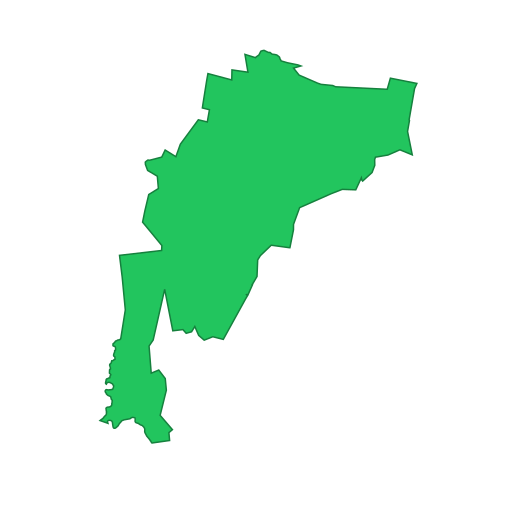 Bacadéhuachi, Sonora, Mexico (Robinson projection), rotated 11°
{"feature_id": "50627088B33028528139861", "entity_name": "Bacadéhuachi", "entity_type": "district", "adm_level": 2, "iso_a3": "MEX", "parent_name": "Mexico", "parent_adm1": "Sonora", "projection": "robinson", "projection_center": [-109.205, 29.784], "detail": "fine", "context": "isolated", "style": "filled", "palette": "green", "viewbox_px": 512, "rotation_deg": 11, "n_neighbors": 0, "source": "geoboundaries", "source_scale": "gbopen_adm2", "svg_char_len": 5781}
<svg xmlns="http://www.w3.org/2000/svg" viewBox="0 0 512 512"><g transform="rotate(11 256 256)"><path d="M138.3,232.8L138.2,244.4L155.7,258.8L161.6,263.7L162.3,268.6L121.9,281.4L128.6,302.0L136.8,329.8L138.0,333.9L139.0,362.9L138.8,363.0L138.8,363.4L138.6,363.8L138.4,364.0L138.1,364.2L137.6,364.4L136.8,364.7L136.4,364.8L136.1,365.1L135.6,365.5L135.4,365.8L134.5,366.2L134.3,366.4L134.2,366.6L134.1,366.8L133.9,367.5L133.6,367.9L133.2,368.5L132.8,369.1L132.5,369.3L132.4,369.6L132.5,370.2L132.7,371.1L132.7,371.3L132.8,371.4L133.2,371.5L133.6,371.6L133.8,371.7L134.0,371.7L134.5,371.7L134.8,371.7L134.9,371.8L135.1,372.0L135.3,372.4L135.7,373.1L135.8,373.6L135.9,374.3L136.0,374.6L136.0,374.9L136.0,375.1L135.7,375.4L135.6,375.6L135.4,375.8L135.3,376.1L135.5,376.9L135.5,377.4L135.4,377.9L135.2,378.5L135.2,378.8L135.1,379.9L135.1,380.5L135.3,381.1L135.5,381.4L136.0,381.6L136.6,381.9L136.7,382.0L136.8,382.1L136.8,382.3L137.1,383.5L137.2,383.8L137.4,384.1L137.3,384.3L137.0,384.6L136.5,384.8L136.1,385.3L135.8,385.7L135.4,386.0L135.1,386.2L134.9,386.3L134.5,386.4L134.4,386.4L134.4,386.5L134.3,387.0L134.3,388.0L134.3,388.3L133.9,389.3L133.5,389.8L133.3,389.9L133.2,390.0L133.1,390.3L133.1,390.5L133.2,390.9L133.2,391.1L133.2,391.3L133.5,391.7L133.6,392.0L134.2,393.1L134.3,393.3L134.4,393.7L134.4,393.9L134.6,394.2L134.7,394.5L134.7,394.8L134.4,395.0L134.0,395.5L134.0,396.0L134.1,396.3L134.1,396.6L134.2,396.9L134.2,397.3L134.3,397.9L134.4,398.3L134.4,398.8L134.7,399.2L134.9,399.3L135.0,399.3L135.3,399.4L135.4,399.5L135.5,399.6L135.8,399.9L136.1,400.1L136.2,400.3L136.0,400.6L135.8,401.3L135.7,401.5L135.6,401.8L135.7,402.2L135.7,402.7L135.8,403.2L135.8,403.3L135.7,403.4L135.7,403.5L135.3,403.7L135.1,403.7L134.8,403.9L134.4,404.0L134.1,404.4L133.8,404.7L132.9,405.1L132.7,405.4L132.5,405.9L132.5,406.2L132.5,406.7L132.6,406.8L132.7,407.0L132.7,407.3L132.5,407.9L132.5,408.3L132.5,409.1L132.6,409.4L132.6,409.6L132.7,409.8L133.3,410.3L133.6,410.4L133.7,409.9L133.8,409.3L133.9,409.1L134.2,408.8L134.3,408.7L135.1,408.2L135.5,408.1L136.2,408.1L136.4,408.1L137.1,408.0L137.3,408.0L137.8,408.4L138.0,408.5L138.6,408.7L139.0,408.7L139.4,408.8L139.8,409.2L140.2,409.8L140.7,410.3L141.0,410.5L141.1,411.0L141.1,412.3L140.9,413.2L140.8,414.0L140.7,414.2L140.5,414.4L140.1,414.4L139.6,414.7L139.1,414.9L138.7,415.0L138.4,415.1L137.7,415.3L137.1,415.5L136.5,415.7L135.9,415.7L135.2,415.7L134.7,415.7L134.4,415.8L134.2,416.0L134.0,416.3L133.8,416.9L133.7,417.1L133.7,417.3L133.8,417.7L134.3,418.6L134.7,419.0L135.2,419.3L135.3,419.4L135.4,419.5L135.5,419.7L135.5,420.0L135.9,420.3L137.1,421.0L137.6,421.2L138.9,421.4L139.8,421.7L140.0,421.8L140.4,422.1L140.5,422.3L140.6,422.8L140.8,423.2L141.2,423.8L141.3,424.1L141.4,424.4L142.2,424.9L142.4,425.1L142.5,425.4L142.5,425.6L142.5,426.2L142.7,427.2L142.7,427.3L142.6,427.9L142.6,428.4L142.8,429.3L142.8,429.8L142.7,430.2L142.5,430.7L142.1,431.2L141.4,431.9L140.7,432.2L139.9,432.5L139.3,432.6L139.2,432.7L138.9,432.9L138.3,433.2L138.0,433.6L137.9,433.9L137.8,434.1L138.5,436.3L138.6,436.8L139.0,437.3L139.1,437.6L139.1,437.9L139.0,438.2L139.1,438.6L139.3,439.5L139.2,440.0L139.2,440.3L139.0,440.8L138.5,441.5L138.1,442.0L137.7,442.8L137.2,443.5L137.0,444.3L136.1,445.2L135.6,445.9L135.0,446.4L134.3,447.3L142.6,448.5L142.3,447.9L142.0,447.6L141.8,447.0L141.8,446.5L142.1,446.0L142.4,445.7L142.8,445.5L143.3,445.3L143.9,445.2L144.5,445.2L145.0,445.2L145.7,445.4L146.0,445.6L146.5,446.2L146.7,446.5L147.2,447.9L147.4,448.6L147.6,449.2L147.8,449.6L148.0,450.2L148.3,451.0L148.6,451.5L148.9,451.9L149.3,452.1L150.0,452.1L150.6,451.9L151.2,451.4L152.0,450.4L152.3,450.0L153.1,448.9L153.3,448.2L153.7,447.0L154.1,446.2L155.0,444.8L155.4,443.9L155.6,443.5L156.0,443.1L156.5,442.9L157.5,442.1L159.8,441.2L162.1,440.3L162.7,440.1L163.1,439.9L163.6,439.6L164.5,438.6L164.9,438.3L165.5,438.0L165.9,437.9L166.4,437.9L167.6,437.9L167.9,438.0L168.2,438.1L168.4,438.7L168.6,439.3L168.6,439.8L168.8,441.0L169.0,441.7L169.5,442.2L170.0,442.5L170.6,442.6L171.5,442.7L172.5,442.8L172.9,443.0L173.3,443.2L173.7,443.4L174.9,443.8L175.3,443.9L176.3,444.0L176.8,444.2L177.4,444.6L178.1,445.1L178.8,445.6L179.4,446.4L179.8,447.1L180.0,447.9L180.1,448.8L180.3,449.8L180.5,450.2L181.3,451.4L182.3,452.5L182.5,452.8L182.7,453.2L183.2,453.7L183.5,453.9L183.7,454.1L184.6,454.8L185.4,455.5L186.4,456.3L187.4,457.3L187.5,457.5L187.8,457.6L188.0,457.8L188.8,458.8L189.0,459.1L189.6,459.4L206.4,453.6L204.2,446.0L207.1,442.4L192.3,430.7L193.6,404.8L190.3,393.6L182.3,386.5L175.5,391.0L168.2,364.8L171.1,358.1L172.7,306.1L188.6,345.3L198.3,342.2L202.2,345.2L207.2,342.7L209.4,336.9L214.9,344.9L221.2,348.5L229.0,343.5L239.8,344.1L254.0,300.0L255.3,296.3L254.1,295.8L254.4,295.5L255.5,295.8L258.0,285.0L257.7,284.9L258.9,281.6L260.9,275.9L258.4,259.5L260.2,254.8L268.9,242.5L287.0,241.5L287.7,241.4L287.8,223.1L287.0,218.9L286.8,217.9L287.0,216.4L289.6,200.2L317.9,180.5L328.0,174.1L341.3,172.0L344.5,159.1L345.4,161.3L346.4,162.1L354.0,151.9L355.3,144.3L354.1,138.7L354.4,136.2L366.3,131.7L377.0,124.3L390.1,126.9L381.0,104.8L380.8,93.7L380.3,93.0L379.7,61.4L381.0,55.9L354.0,55.8L353.0,67.3L301.8,74.7L298.8,74.0L287.0,75.1L285.2,74.8L283.6,74.6L263.8,70.2L257.0,64.4L263.8,60.9L260.6,60.4L250.0,60.3L243.4,59.7L242.8,58.8L241.7,57.6L241.3,56.5L240.5,55.9L238.1,54.7L236.0,54.6L233.3,54.8L230.9,53.5L229.2,53.8L224.7,52.6L223.8,52.9L222.6,53.5L221.7,54.0L221.5,54.6L220.5,58.1L219.5,59.2L218.0,60.7L217.7,61.4L206.7,60.2L213.0,77.1L196.9,77.9L198.6,87.8L174.0,86.1L174.1,93.0L174.9,116.3L175.1,120.9L182.4,121.3L182.6,133.7L173.4,133.3L160.4,160.7L158.4,173.8L146.6,169.3L144.6,176.9L133.3,182.3L131.6,182.4L130.1,184.0L129.4,185.0L130.0,187.3L133.3,192.7L143.9,196.5L147.3,208.4L139.0,216.1L138.3,232.8Z" fill="#22c55e" stroke="#15803d" stroke-width="1.5"/></g></svg>